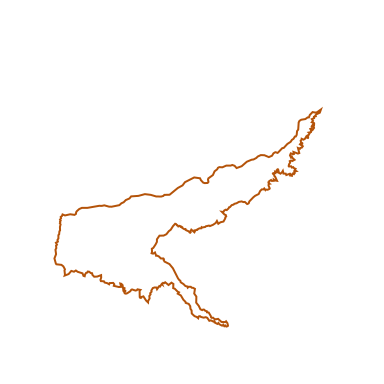 Girón, Santander, Colombia, rotated 121°
{"feature_id": "7082276B75603088073292", "entity_name": "Girón", "entity_type": "district", "adm_level": 2, "iso_a3": "COL", "parent_name": "Colombia", "parent_adm1": "Santander", "projection": "albers", "projection_center": [-73.264, 7.05], "detail": "fine", "context": "isolated", "style": "outline", "palette": "amber", "viewbox_px": 384, "rotation_deg": 121, "n_neighbors": 0, "source": "geoboundaries", "source_scale": "gbopen_adm2", "svg_char_len": 6087}
<svg xmlns="http://www.w3.org/2000/svg" viewBox="0 0 384 384"><g transform="rotate(121 192 192)"><path d="M61.4,129.8L65.3,130.7L67.8,130.2L68.5,131.3L71.1,132.4L73.8,135.6L75.6,136.5L77.4,136.4L83.8,133.1L85.7,133.3L89.1,131.7L90.9,131.6L91.5,132.4L94.2,132.4L95.8,133.2L98.2,133.3L101.7,135.0L107.0,136.1L107.9,137.2L114.0,138.6L114.5,138.9L114.8,140.8L115.3,141.3L116.9,142.1L119.7,142.1L122.5,144.1L123.2,148.9L124.9,152.0L127.7,153.9L129.7,154.4L132.4,156.0L133.6,157.5L137.8,160.6L144.3,162.7L148.5,166.1L147.6,169.0L148.1,171.4L149.5,172.5L151.7,176.2L155.2,178.7L156.6,181.4L157.9,182.2L159.6,182.1L162.6,183.3L166.7,182.8L171.9,185.0L173.1,184.7L174.9,183.1L176.2,183.3L177.8,185.6L178.2,187.2L177.3,190.4L176.1,192.2L178.4,197.6L187.2,203.1L191.2,203.5L195.8,206.2L205.9,209.8L208.7,214.2L210.2,214.6L211.8,216.1L214.3,220.5L215.7,225.9L218.1,231.3L222.9,235.9L227.1,241.9L229.8,242.3L233.0,244.6L236.0,245.3L238.0,246.7L240.7,247.5L246.0,253.3L247.3,255.6L248.6,260.3L250.4,262.2L251.6,264.4L259.4,273.4L262.3,278.2L264.7,279.9L267.6,280.8L269.0,280.9L270.5,280.2L272.1,280.9L273.8,284.9L277.5,288.8L277.9,291.4L279.5,291.1L281.0,291.7L282.0,290.7L283.7,290.9L284.2,289.8L285.3,289.9L285.8,289.3L286.8,289.2L287.4,288.0L290.0,287.2L292.9,285.3L294.0,285.4L296.7,284.1L297.8,284.3L300.6,282.6L302.5,282.6L303.6,281.4L305.6,282.5L306.7,280.6L308.0,280.9L310.0,279.4L311.8,279.3L315.3,276.5L319.8,275.7L323.5,271.8L323.8,271.0L321.7,266.4L322.0,264.0L323.7,261.1L324.9,260.9L328.3,258.3L329.2,258.1L325.9,255.5L321.8,254.8L321.1,252.1L319.1,251.1L319.3,248.9L318.1,244.0L319.8,241.8L319.5,240.6L317.7,241.2L315.8,241.1L314.9,240.2L313.9,240.4L313.3,239.2L313.6,237.0L313.1,235.8L314.3,234.7L315.0,232.2L313.3,229.7L310.1,227.1L312.1,225.8L314.5,225.2L315.3,224.2L313.9,221.5L314.6,220.3L313.8,217.7L313.8,215.5L312.5,215.7L310.5,212.7L311.1,211.1L312.7,210.7L311.1,205.7L309.8,203.9L307.4,206.3L307.1,205.3L307.6,203.5L309.6,202.0L309.3,201.1L310.0,200.8L310.3,201.2L311.4,200.4L310.3,199.9L311.4,199.5L311.0,198.3L311.4,198.1L311.8,199.0L312.3,199.1L313.5,197.5L313.2,196.3L312.2,195.4L308.9,193.8L307.1,193.7L306.4,193.2L305.6,189.7L304.6,188.7L303.5,188.6L302.5,185.8L303.7,186.0L309.0,182.7L309.4,181.8L308.9,181.2L308.4,181.6L306.5,179.9L308.7,175.4L309.3,172.8L308.0,173.5L305.1,173.5L303.2,175.0L301.1,174.8L300.3,175.7L298.3,175.3L297.4,176.1L294.5,176.1L293.1,174.9L292.0,172.9L291.9,172.4L292.7,172.6L293.3,171.9L289.5,171.6L289.5,170.7L286.5,170.6L286.6,169.9L286.2,170.4L284.8,170.0L284.6,169.0L283.2,168.5L283.8,164.2L280.3,162.9L280.4,160.6L284.1,158.6L283.8,156.9L284.8,153.0L284.7,151.5L286.5,151.8L286.4,148.3L288.8,143.9L289.5,141.0L290.3,140.3L289.6,137.2L290.8,134.7L292.9,133.2L293.7,131.4L296.3,129.6L297.1,125.9L296.7,123.6L297.0,121.7L295.5,122.2L294.8,121.9L294.3,121.0L294.5,120.0L293.7,117.3L292.2,115.7L292.0,114.1L293.5,110.8L292.3,109.7L292.1,107.3L291.2,106.4L291.4,105.8L292.2,105.5L292.0,102.3L290.6,101.9L291.3,100.5L291.1,97.5L290.7,96.9L289.7,96.9L290.4,95.2L289.3,94.8L289.7,93.3L288.6,92.3L287.9,92.4L286.2,94.1L285.3,96.2L286.4,96.5L288.2,99.8L287.3,104.3L288.9,106.1L289.3,107.5L288.9,109.3L289.7,110.3L289.6,111.1L288.7,111.9L286.7,115.6L287.4,117.2L286.6,117.8L287.0,119.6L286.6,120.9L287.0,121.9L288.0,122.4L288.2,124.4L286.1,127.6L284.7,131.4L279.4,134.4L277.9,137.8L273.5,139.6L273.6,141.8L274.2,142.9L273.9,144.2L274.9,146.0L276.2,146.4L275.4,147.4L276.0,149.2L275.3,151.9L275.2,155.2L274.0,156.4L274.1,157.3L273.3,159.4L267.2,169.1L265.4,174.2L265.8,179.7L264.9,181.3L264.1,181.4L263.7,182.3L265.0,184.5L264.3,187.3L264.6,189.5L265.1,189.9L262.9,192.6L264.9,193.6L265.3,195.1L263.8,195.5L261.3,197.2L259.9,196.4L255.7,196.2L252.8,196.4L250.6,197.7L246.2,197.4L244.0,193.9L241.4,192.2L237.5,191.7L235.3,190.8L231.0,190.7L227.9,190.1L227.7,189.1L228.3,187.8L228.0,187.4L228.6,186.0L227.4,185.2L227.2,183.7L227.7,183.5L227.2,182.3L227.8,181.9L227.8,179.2L227.1,178.5L227.8,177.5L227.3,173.8L227.9,173.4L227.9,172.6L227.2,172.4L226.5,173.1L224.6,173.2L225.3,169.2L223.7,169.3L223.4,169.8L221.8,168.0L221.4,168.2L219.3,166.9L218.3,165.3L217.2,165.6L217.2,165.0L215.2,162.7L214.3,162.5L212.0,160.1L212.0,159.1L209.3,157.1L206.3,155.7L204.0,155.7L205.7,153.1L203.3,152.0L201.1,149.8L197.6,149.9L196.6,150.4L195.3,150.1L194.3,151.3L194.6,152.4L193.6,156.2L193.0,154.8L191.2,154.8L189.8,154.0L189.6,152.9L187.2,152.2L186.1,152.4L185.4,151.7L182.8,151.2L181.4,149.9L180.3,149.6L178.7,148.0L176.3,146.7L174.5,144.6L174.2,142.8L173.3,141.6L173.9,138.5L173.3,138.0L172.4,137.6L170.6,138.0L164.9,136.7L162.7,135.9L159.4,133.8L156.0,134.1L153.8,133.5L153.0,132.1L151.8,131.9L152.6,130.1L151.9,130.0L151.1,128.3L149.4,127.2L148.8,127.3L147.1,129.7L145.7,130.4L145.1,129.8L145.1,130.5L144.3,131.5L143.5,131.1L142.9,131.4L141.0,130.4L141.4,129.3L140.3,127.7L139.2,128.4L139.3,126.7L138.6,124.9L136.1,128.5L136.1,129.3L135.2,130.1L134.6,132.1L134.0,132.1L132.9,130.3L131.7,131.3L131.1,129.1L129.8,130.6L128.5,130.4L128.3,129.8L130.8,127.3L130.7,125.6L128.7,125.0L127.1,125.0L129.1,123.1L128.0,121.1L128.9,119.9L125.8,117.4L125.9,116.8L127.3,116.4L126.7,114.9L125.8,115.8L125.4,114.9L124.0,114.9L124.1,113.8L122.8,113.7L121.7,114.9L120.4,113.4L120.3,115.1L118.8,115.2L119.1,116.7L118.6,118.1L119.6,118.9L118.9,120.3L120.2,122.0L120.0,122.5L118.2,123.1L116.3,123.0L115.2,124.1L114.0,123.2L113.8,122.0L111.6,120.7L111.0,123.6L110.2,124.7L111.4,124.9L110.1,126.9L108.0,127.2L107.4,124.6L106.9,124.2L105.4,125.6L104.5,121.0L103.4,120.1L99.7,123.8L99.4,121.8L98.6,121.9L97.3,120.7L95.7,120.6L95.5,124.0L94.9,123.9L94.7,122.5L93.8,122.3L93.3,122.7L93.3,124.1L92.0,125.3L90.8,125.0L89.9,125.4L89.7,123.4L88.3,122.6L85.7,122.6L86.2,121.0L85.8,120.4L85.1,120.7L84.6,122.1L83.9,122.1L83.3,121.4L81.1,121.4L80.9,122.5L79.4,120.9L77.9,121.6L77.0,123.1L76.0,122.4L76.7,120.6L74.2,120.4L73.2,121.5L74.2,122.4L74.0,123.2L72.1,123.1L71.7,121.9L70.5,122.5L70.1,122.8L70.5,125.2L68.7,124.9L67.8,126.8L65.8,125.4L64.7,126.2L63.4,125.0L63.0,125.7L61.3,125.4L58.2,123.3L54.8,124.0L59.3,125.9L60.4,127.2L61.4,129.8Z" fill="none" stroke="#b45309" stroke-width="2"/></g></svg>